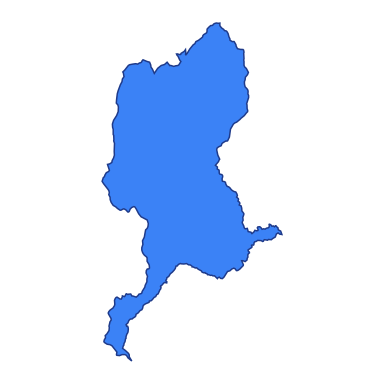 Marulanda, Caldas, Colombia
{"feature_id": "7082276B71497908860024", "entity_name": "Marulanda", "entity_type": "district", "adm_level": 2, "iso_a3": "COL", "parent_name": "Colombia", "parent_adm1": "Caldas", "projection": "natural_earth1", "projection_center": [-75.264, 5.211], "detail": "fine", "context": "isolated", "style": "filled", "palette": "blue", "viewbox_px": 384, "rotation_deg": 0, "n_neighbors": 0, "source": "geoboundaries", "source_scale": "gbopen_adm2", "svg_char_len": 6020}
<svg xmlns="http://www.w3.org/2000/svg" viewBox="0 0 384 384"><path d="M131.8,361.0L129.3,356.9L129.2,354.8L128.5,353.4L125.5,350.6L122.6,348.4L123.3,345.8L123.8,345.3L124.0,343.5L125.0,341.7L125.5,338.9L126.1,338.1L125.9,337.1L126.8,334.2L127.4,333.4L128.0,332.0L128.3,329.2L128.1,327.3L127.6,326.2L126.8,326.4L126.6,326.2L126.1,324.6L127.9,322.9L128.8,320.6L129.8,319.5L130.4,319.1L132.3,318.9L133.3,317.9L134.9,317.0L135.8,315.9L136.0,314.3L138.3,312.8L140.0,310.6L141.9,309.7L142.7,308.0L142.9,306.6L143.4,305.3L145.5,303.8L149.0,302.4L149.4,301.0L151.0,300.8L152.3,299.7L154.0,297.5L155.7,296.6L156.7,294.6L158.1,293.9L159.9,289.8L160.7,288.9L161.0,287.3L160.5,286.6L160.7,285.9L161.5,285.6L163.8,283.0L164.6,282.5L166.7,282.9L166.9,281.8L165.8,280.8L165.8,280.4L166.7,279.0L166.9,277.6L168.7,276.5L170.3,273.8L172.4,272.1L174.2,270.1L175.3,268.5L176.0,266.1L177.4,265.9L178.3,264.5L180.3,263.5L181.0,263.8L183.8,264.0L186.6,263.6L188.5,264.8L190.5,265.0L192.4,266.6L192.3,266.9L193.1,266.9L195.3,268.0L196.6,267.8L198.2,269.2L201.4,270.9L202.1,272.2L203.7,272.8L205.0,272.6L205.3,273.2L207.0,273.7L207.5,274.7L208.7,274.7L210.6,275.4L211.8,275.2L213.0,275.9L214.5,275.8L217.4,278.6L217.8,277.9L219.2,277.1L220.7,278.4L222.4,278.6L224.0,277.1L227.5,271.5L229.9,270.8L231.9,269.0L233.8,268.2L234.9,268.6L236.4,270.6L237.7,270.5L239.7,269.2L243.2,265.6L243.4,264.8L241.7,260.7L243.0,260.7L245.1,261.6L247.0,260.0L247.2,258.3L247.9,257.1L247.8,254.9L248.4,253.7L249.4,252.9L249.4,252.2L248.2,251.0L248.1,249.9L251.8,247.4L252.0,246.6L251.5,245.3L252.1,245.0L253.4,245.1L253.8,244.8L254.1,242.7L254.7,241.8L256.0,241.5L257.7,240.4L261.1,240.6L262.7,241.5L263.4,241.2L264.0,240.0L264.5,239.7L267.6,240.2L268.4,239.5L271.4,239.7L272.6,238.6L275.3,237.0L276.4,234.0L278.1,232.9L279.6,234.1L281.9,234.5L280.7,231.1L278.3,229.8L277.9,227.7L276.6,226.7L275.9,225.7L275.4,225.8L274.4,226.8L273.2,225.9L272.0,226.3L270.8,224.8L269.6,224.2L269.1,224.4L269.3,226.0L269.0,227.2L268.2,227.8L266.4,228.2L265.2,229.1L263.5,228.8L262.1,229.3L261.1,227.8L259.8,226.7L257.9,226.9L257.3,227.8L258.1,229.6L257.9,230.5L256.7,230.8L254.9,230.3L254.0,231.8L252.0,233.6L251.8,233.6L251.0,232.2L248.2,231.6L247.3,228.4L245.2,228.8L244.8,228.5L244.2,227.7L243.7,225.8L242.2,222.8L242.5,221.4L243.1,220.3L242.8,217.4L243.8,214.6L243.8,213.5L241.9,210.9L241.7,208.1L241.1,205.9L239.2,205.0L239.9,203.2L239.4,202.2L238.0,201.1L238.5,199.5L238.3,198.6L236.6,197.1L237.4,195.7L236.9,193.9L235.8,192.0L233.7,191.4L231.5,189.9L229.8,187.7L228.6,186.8L227.2,186.4L225.9,184.3L225.4,182.2L224.0,181.5L222.5,181.3L222.2,180.6L222.1,178.6L222.7,176.8L222.6,175.6L221.9,174.6L219.8,174.1L219.3,173.3L219.1,170.3L218.8,169.9L217.2,169.0L217.4,167.0L215.4,165.3L218.5,161.6L219.0,160.2L219.7,159.2L217.8,155.1L216.7,149.9L217.0,148.2L218.5,146.9L221.2,145.7L221.9,143.7L222.4,143.1L225.6,141.1L227.3,141.0L227.7,140.7L229.4,137.1L230.5,129.1L233.4,124.1L234.7,123.0L236.7,122.1L240.0,119.4L241.0,118.3L244.3,115.6L246.4,112.9L247.6,111.7L247.7,110.4L247.1,108.6L247.0,104.8L246.6,103.9L248.6,97.6L248.6,95.4L247.9,93.9L248.1,91.7L247.9,90.2L247.0,88.8L245.1,86.8L244.5,84.2L244.4,81.8L245.1,79.8L245.4,77.2L247.5,74.7L248.4,72.4L246.3,68.4L244.8,67.1L244.0,65.4L244.0,61.5L243.7,59.9L244.0,58.9L243.7,53.2L244.0,52.2L243.6,50.1L243.0,49.5L240.4,49.4L237.5,48.7L236.2,46.3L235.9,44.6L234.3,41.8L234.0,41.5L232.2,41.6L230.0,40.2L229.9,38.8L228.9,36.7L228.1,33.6L226.9,31.5L226.1,30.9L224.5,30.6L223.7,29.4L221.8,28.1L220.4,26.5L219.8,25.4L219.9,23.1L218.3,23.3L216.3,23.0L214.6,23.5L213.7,24.0L212.5,25.4L210.6,25.6L208.6,27.4L207.1,29.1L207.0,31.7L206.5,32.9L203.6,34.7L202.9,35.6L202.6,36.9L202.2,37.4L198.5,40.3L195.9,41.6L194.8,43.8L193.3,44.7L189.8,49.0L187.1,53.5L185.9,54.8L185.6,54.6L185.8,52.6L185.5,49.6L184.2,51.4L181.0,53.4L180.7,54.4L179.8,54.6L177.4,53.9L176.5,54.0L177.1,55.3L178.0,56.2L179.7,60.0L180.9,61.5L178.9,64.8L177.9,65.5L175.7,65.8L173.8,66.4L170.6,65.4L169.8,65.6L167.1,62.2L164.5,64.5L161.2,65.5L157.7,68.3L154.3,73.4L152.4,69.1L151.0,67.1L150.7,64.9L149.6,62.2L147.1,61.5L143.0,59.8L142.1,60.8L141.6,62.0L140.9,62.6L139.4,63.0L137.7,64.1L135.7,63.7L132.8,64.1L129.7,64.7L128.4,65.4L124.8,70.0L122.8,72.0L123.3,72.7L124.0,76.7L122.4,79.0L122.0,81.7L120.4,84.7L118.2,90.6L117.3,93.7L116.6,99.4L116.3,103.1L117.9,105.0L118.4,107.0L118.2,111.6L116.6,115.6L113.6,120.3L112.4,124.1L112.6,127.3L113.2,129.3L113.2,134.5L113.7,135.4L113.9,139.6L113.7,140.9L114.5,143.3L114.2,151.3L114.4,155.2L113.5,158.1L112.2,160.5L111.8,162.5L109.6,163.9L107.5,164.4L109.4,170.3L108.6,171.5L106.5,172.6L106.1,173.0L104.9,175.1L104.4,176.7L103.3,177.6L102.1,181.3L103.6,183.7L108.2,189.6L109.0,191.1L109.3,192.8L108.8,194.7L110.1,197.3L110.2,199.7L111.2,202.4L113.2,205.4L115.8,206.9L117.5,208.5L120.1,210.2L120.9,210.2L123.4,208.9L124.3,209.0L125.8,209.8L127.8,212.0L128.6,212.0L129.3,211.3L130.1,209.2L131.7,207.5L133.8,206.6L134.7,206.8L136.0,208.6L138.7,213.8L141.1,216.8L147.2,220.0L148.3,223.5L148.0,226.4L147.2,228.4L145.6,229.9L144.3,237.2L142.5,240.8L142.9,244.4L141.8,247.7L141.8,250.0L142.4,252.0L143.1,253.5L144.4,255.2L146.5,256.9L147.1,257.9L147.1,261.3L149.0,264.5L149.3,265.7L149.5,268.0L148.7,268.9L147.3,269.0L146.3,270.6L146.1,272.9L147.5,276.3L146.9,279.0L146.9,281.8L145.2,285.3L144.8,287.2L142.2,291.4L141.8,293.0L141.1,293.6L138.9,294.2L138.0,295.6L136.2,297.1L132.8,296.0L131.9,296.0L130.7,294.0L128.4,294.2L127.9,294.5L126.5,293.8L126.1,293.9L124.9,296.2L124.4,296.6L122.4,295.9L122.3,296.8L121.4,299.0L120.0,299.0L117.0,297.1L116.1,297.5L115.3,298.4L114.5,300.3L114.8,304.3L114.4,305.8L112.9,308.1L110.2,310.0L108.9,311.5L108.3,312.7L108.3,313.5L108.8,314.5L111.0,318.4L111.2,320.0L110.0,321.8L109.0,326.1L109.3,327.6L109.0,330.6L106.9,333.9L105.2,335.6L105.5,337.2L105.3,338.4L104.5,339.3L103.9,341.4L104.3,342.4L107.1,344.2L110.1,344.7L112.0,345.8L116.9,352.1L116.5,354.3L116.5,354.9L116.8,355.3L119.5,355.6L122.1,354.6L125.0,354.6L126.5,355.4L128.0,357.9L131.8,361.0Z" fill="#3b82f6" stroke="#1e3a8a" stroke-width="1.5"/></svg>